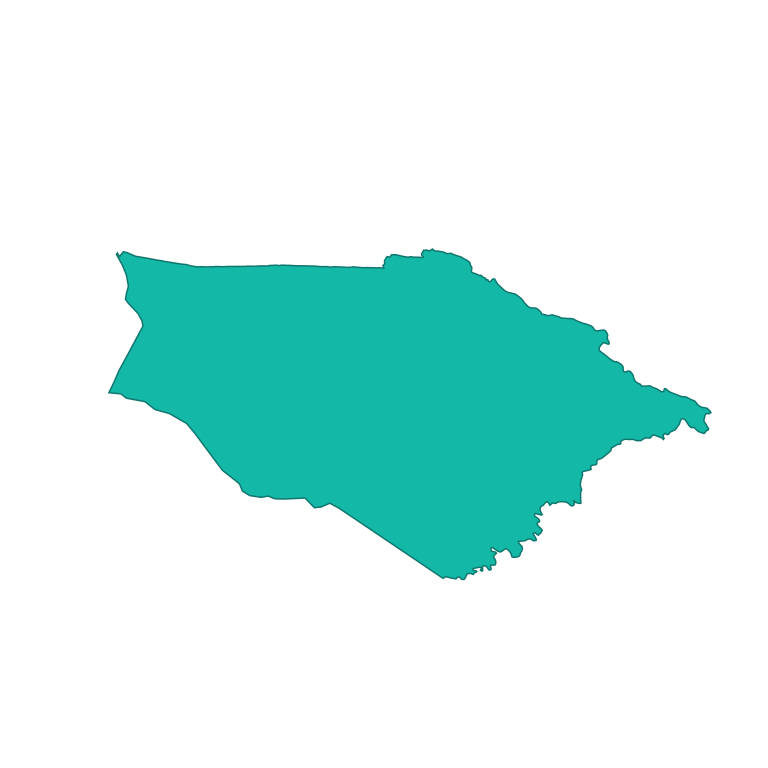 Boumba-Et-Ngoko, Est, Cameroon, rotated 304°
{"feature_id": "32672807B40314964499081", "entity_name": "Boumba-Et-Ngoko", "entity_type": "district", "adm_level": 2, "iso_a3": "CMR", "parent_name": "Cameroon", "parent_adm1": "Est", "projection": "equal_earth", "projection_center": [15.54, 2.833], "detail": "fine", "context": "isolated", "style": "filled", "palette": "teal", "viewbox_px": 768, "rotation_deg": 304, "n_neighbors": 0, "source": "geoboundaries", "source_scale": "gbopen_adm2", "svg_char_len": 6140}
<svg xmlns="http://www.w3.org/2000/svg" viewBox="0 0 768 768"><g transform="rotate(304 384 384)"><path d="M222.9,160.8L228.7,171.4L228.2,178.4L235.7,195.7L234.8,208.4L239.5,222.6L240.9,242.5L237.3,254.9L225.9,287.3L222.1,298.3L220.7,317.4L220.3,320.1L216.1,326.5L216.4,335.1L221.4,345.6L226.3,350.6L227.8,357.6L232.5,365.1L245.3,382.3L242.5,395.5L247.0,400.7L254.9,405.8L255.9,416.4L255.9,541.6L257.2,542.2L258.3,542.6L259.3,544.1L260.1,546.6L260.7,548.1L262.7,552.7L264.9,553.0L265.9,554.0L266.2,555.1L265.5,557.3L266.5,559.5L267.4,559.9L271.9,559.3L273.0,559.1L273.8,559.6L275.4,561.8L276.0,564.5L278.3,564.7L279.9,565.8L280.5,565.8L280.6,564.8L279.7,563.0L279.7,562.0L280.0,561.3L281.0,561.2L285.8,565.9L286.1,566.6L285.8,568.0L283.7,567.9L283.4,569.0L283.8,569.9L284.8,570.1L286.9,568.1L288.9,567.9L289.5,568.6L289.9,570.2L289.8,571.6L288.6,574.7L288.7,575.3L289.4,576.3L290.4,576.4L293.0,573.8L293.6,573.8L296.0,577.2L296.8,577.3L299.2,576.1L300.7,574.1L300.9,573.7L301.7,571.7L303.4,571.1L306.5,571.9L306.8,571.2L306.9,570.1L305.5,566.7L305.9,565.8L307.6,564.6L308.6,564.8L309.1,566.1L309.0,571.4L309.5,573.9L310.8,575.1L311.0,575.2L315.4,576.8L315.9,578.0L315.8,579.7L315.1,582.6L314.3,584.3L312.4,586.5L312.2,587.1L312.8,588.5L315.3,591.4L316.9,592.3L318.3,592.4L320.1,591.6L322.7,591.6L325.2,590.6L326.3,589.5L327.4,585.1L328.7,583.4L332.8,588.5L335.7,590.0L337.4,591.9L337.6,595.6L339.0,597.3L339.8,597.6L340.7,596.6L343.4,591.3L344.4,591.5L345.1,592.4L345.2,593.2L344.8,595.3L345.1,596.7L346.5,596.6L347.6,597.3L351.1,597.1L352.0,594.9L352.3,591.9L353.7,588.9L354.7,588.7L356.2,589.8L357.3,589.7L358.3,588.3L358.6,586.7L358.8,582.7L359.4,582.0L361.2,581.7L362.9,586.7L363.4,587.8L364.2,588.1L366.0,584.9L367.5,583.2L369.1,582.7L370.8,582.8L372.5,583.8L376.0,584.2L377.8,585.3L377.6,586.6L376.2,589.4L379.2,590.1L380.2,591.3L380.7,592.8L381.4,593.4L383.2,594.0L385.0,596.0L387.5,599.8L388.2,602.5L388.1,604.1L387.6,606.7L388.0,608.0L389.0,608.9L390.3,609.0L391.7,608.2L393.2,606.7L393.4,608.2L393.0,609.4L393.9,611.9L395.0,613.9L395.8,613.6L397.4,612.2L403.3,608.1L404.1,607.6L406.9,607.0L409.4,603.7L411.3,602.5L414.6,601.1L419.9,599.4L421.3,597.8L422.5,597.8L428.5,603.2L429.3,603.4L430.8,601.6L432.1,601.4L433.3,602.2L435.7,604.9L436.8,605.0L439.2,603.5L440.9,603.5L443.7,605.8L447.1,607.0L452.2,608.5L455.3,609.3L458.3,608.4L464.9,611.6L466.0,613.4L466.9,613.6L468.6,612.6L470.0,612.7L472.8,614.5L473.7,615.7L474.7,617.8L477.0,620.9L477.7,622.5L478.3,625.2L480.6,628.5L484.6,630.3L485.8,631.2L487.4,634.1L488.3,634.9L492.0,635.4L492.8,636.7L494.7,644.5L494.2,646.6L495.3,646.7L497.4,644.2L499.8,644.2L500.2,644.7L500.3,646.6L500.8,647.6L501.6,648.1L504.3,648.2L508.8,651.0L515.6,651.3L519.9,650.2L521.2,650.2L522.3,651.0L522.8,652.8L522.6,654.3L520.2,659.7L519.7,661.9L519.7,663.3L521.0,664.7L521.3,666.0L520.5,669.6L520.5,671.6L521.6,676.3L522.3,677.2L525.0,677.4L525.7,677.4L527.0,678.4L528.3,678.2L530.9,672.9L531.9,670.2L533.8,669.0L534.6,668.7L535.5,668.5L537.4,667.7L538.5,667.5L539.6,667.7L541.3,670.2L543.1,671.0L543.9,669.3L544.4,666.5L544.6,665.4L543.2,662.2L542.3,660.3L542.1,658.1L542.2,655.5L542.9,653.9L543.6,651.1L542.6,646.1L542.3,642.0L540.9,639.4L539.9,637.7L539.4,635.3L537.7,627.9L537.2,624.8L537.2,623.2L537.5,621.0L537.6,619.9L537.3,619.4L536.7,619.2L534.4,620.0L533.2,619.1L532.7,618.3L532.5,613.1L532.3,611.6L531.6,609.7L531.3,606.9L531.1,605.2L529.3,603.1L527.6,600.6L526.6,599.3L526.6,598.4L527.1,596.7L526.6,593.9L526.6,591.4L527.9,588.6L530.7,585.4L532.0,581.8L531.9,580.1L530.7,578.6L529.2,577.8L528.5,576.5L528.5,575.5L529.5,574.3L531.6,572.9L532.5,571.3L532.7,570.7L532.9,569.4L532.9,566.9L532.5,564.3L531.8,563.5L531.2,561.5L531.1,556.7L531.6,553.0L531.9,546.1L532.3,543.7L534.1,542.2L535.0,542.2L537.4,542.0L539.0,542.4L540.8,542.7L541.4,543.7L542.3,547.5L542.6,548.0L543.6,548.0L544.8,546.8L545.9,544.4L546.6,543.9L547.3,543.1L549.7,542.1L551.2,539.7L551.9,537.8L551.8,536.7L551.6,535.9L546.8,530.5L546.6,528.3L547.8,525.5L548.0,523.4L546.9,518.6L545.9,515.7L545.4,514.1L544.2,509.0L543.8,504.5L543.0,502.8L540.6,499.0L537.7,493.6L537.4,491.1L537.0,489.8L536.4,488.1L535.4,484.8L532.5,481.9L531.8,480.9L531.8,479.4L531.0,477.9L530.3,475.6L531.1,474.2L531.7,472.3L532.0,469.1L531.8,467.5L531.1,466.0L529.8,464.3L529.0,462.5L528.7,460.3L529.6,455.8L531.1,451.8L531.6,449.7L531.8,447.7L532.0,442.7L529.3,435.5L528.8,432.1L529.7,426.7L530.2,423.3L530.8,421.1L531.9,419.2L532.9,417.0L531.6,415.3L529.2,415.2L527.8,414.3L527.5,413.3L528.4,412.1L528.3,411.4L527.4,410.7L527.5,410.0L528.4,409.2L527.9,405.9L528.3,404.1L528.2,403.3L527.4,402.5L527.2,401.5L526.9,400.0L526.7,398.3L525.9,396.1L525.7,394.4L526.1,393.6L529.8,391.6L530.9,389.1L532.1,387.9L532.8,386.8L533.0,383.5L532.4,379.2L532.5,377.4L530.2,369.2L529.8,366.4L527.2,363.3L527.0,360.9L526.0,358.0L524.4,354.5L523.1,352.5L522.8,351.5L522.9,348.6L522.1,348.8L520.8,347.5L519.5,346.9L519.1,346.1L519.1,344.5L517.8,343.4L517.2,342.1L515.4,342.2L514.7,342.6L513.7,342.2L513.0,342.3L512.0,343.1L511.5,345.2L511.0,345.6L510.6,345.4L508.9,342.6L505.5,337.2L504.1,334.3L502.7,333.4L500.3,328.2L498.4,323.0L497.5,321.0L495.6,318.3L495.0,317.9L492.5,317.9L492.1,317.4L491.6,315.7L490.6,315.1L486.7,315.5L485.7,315.9L484.4,317.3L481.5,316.9L480.2,319.0L478.9,317.3L478.2,315.7L476.4,313.3L475.7,312.5L475.3,311.5L470.2,303.6L469.6,303.2L465.1,295.2L463.7,292.7L462.7,291.9L461.4,289.8L460.8,289.6L458.8,285.9L452.6,276.0L452.0,275.7L450.9,274.2L449.3,270.9L445.3,264.9L443.2,260.9L431.8,243.3L430.6,241.1L425.1,232.4L423.5,230.8L422.5,228.6L418.0,222.5L417.3,222.3L411.9,214.3L408.9,210.4L405.4,204.9L404.3,203.8L403.1,202.0L393.4,187.8L391.3,185.1L387.0,178.3L386.4,177.9L380.0,168.7L379.8,167.8L377.0,164.2L374.0,158.1L372.9,154.6L372.3,152.9L370.2,149.2L362.5,132.7L362.2,131.5L360.5,128.0L359.1,125.2L358.9,123.9L358.3,123.2L356.0,117.6L351.0,106.7L349.2,97.3L347.9,94.0L343.2,93.5L341.9,93.6L342.6,91.3L343.6,89.8L341.9,89.6L336.1,100.9L330.3,109.5L322.2,117.4L315.4,119.7L309.7,122.2L308.0,126.7L304.9,140.6L300.9,148.2L297.1,151.8L264.0,155.2L247.6,156.7L234.8,159.1L222.9,160.8Z" fill="#14b8a6" stroke="#0f766e" stroke-width="1.5"/></g></svg>